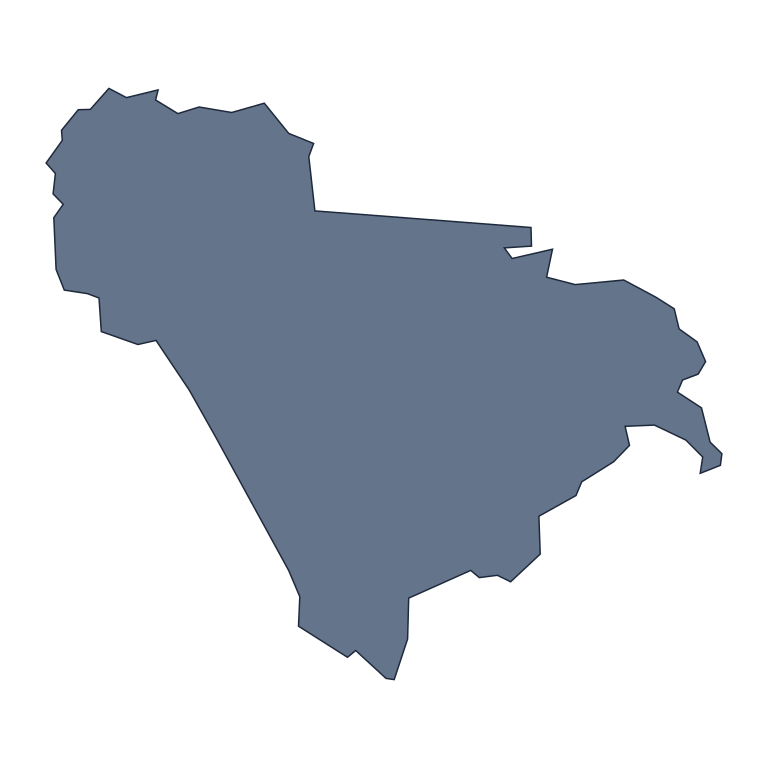 outline of Raleigh, West Virginia, United States of America
{"feature_id": "52423323B5491062021633", "entity_name": "Raleigh", "entity_type": "district", "adm_level": 2, "iso_a3": "USA", "parent_name": "United States of America", "parent_adm1": "West Virginia", "projection": "albers", "projection_center": [-81.215, 37.749], "detail": "fine", "context": "isolated", "style": "filled", "palette": "slate", "viewbox_px": 768, "rotation_deg": 0, "n_neighbors": 0, "source": "geoboundaries", "source_scale": "gbopen_adm2", "svg_char_len": 1016}
<svg xmlns="http://www.w3.org/2000/svg" viewBox="0 0 768 768"><path d="M510.6,581.8L540.2,554.1L538.9,516.2L576.0,495.5L581.7,481.8L613.6,461.8L629.5,445.4L625.1,426.3L654.4,425.1L685.9,440.1L702.7,457.0L700.2,473.3L720.4,465.3L721.9,453.7L710.1,442.1L701.5,407.9L677.4,392.1L682.6,380.0L698.2,374.1L705.6,361.6L697.1,341.9L679.1,328.9L674.2,308.8L655.9,297.2L623.7,280.0L575.2,284.6L546.6,277.2L552.5,249.2L512.1,258.5L504.3,247.9L531.5,246.1L531.0,227.5L314.9,210.9L308.8,156.6L313.6,143.5L288.7,133.4L264.3,103.2L231.7,112.5L199.1,107.0L177.9,113.6L155.6,100.0L158.1,89.9L126.4,97.6L108.9,88.4L90.3,109.4L78.3,109.7L61.5,130.3L62.3,140.4L46.1,163.0L55.4,173.5L53.1,193.9L63.2,204.3L53.8,217.7L56.1,269.5L64.3,290.1L87.3,293.6L99.0,298.0L101.3,331.6L137.9,344.5L156.0,340.4L189.2,390.0L215.8,437.3L288.7,570.5L299.8,596.7L298.5,626.2L347.5,657.3L355.7,650.5L386.0,678.4L394.2,679.6L407.6,639.0L408.7,598.1L470.7,570.4L479.3,577.6L497.4,575.3L510.6,581.8Z" fill="#64748b" stroke="#1e293b" stroke-width="1.5"/></svg>